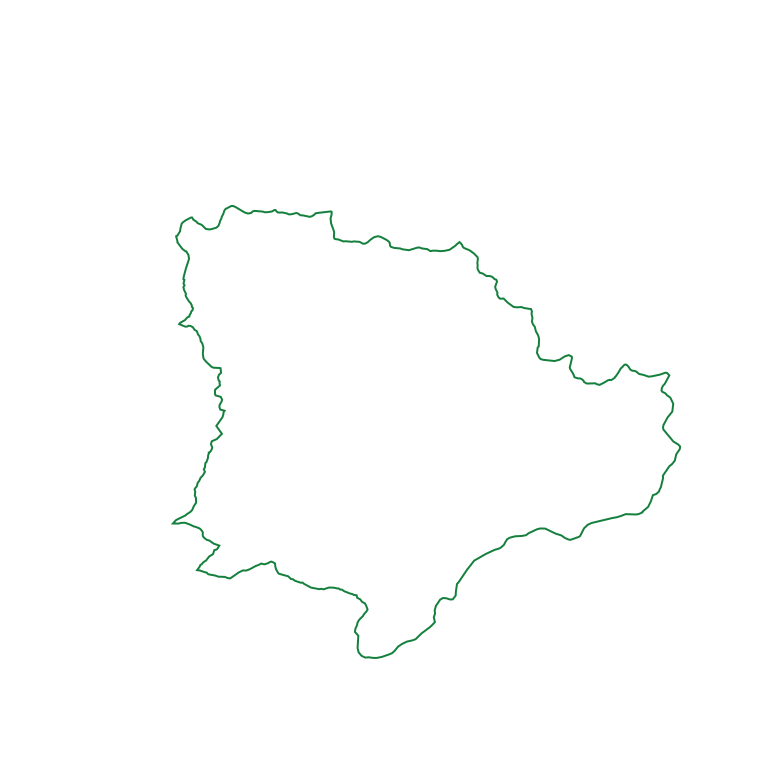 the district of Laya, Gasa, Bhutan, rotated 61°
{"feature_id": "84629894B6989657948479", "entity_name": "Laya", "entity_type": "district", "adm_level": 2, "iso_a3": "BTN", "parent_name": "Bhutan", "parent_adm1": "Gasa", "projection": "equal_earth", "projection_center": [89.7, 28.07], "detail": "fine", "context": "isolated", "style": "outline", "palette": "green", "viewbox_px": 768, "rotation_deg": 61, "n_neighbors": 0, "source": "geoboundaries", "source_scale": "gbopen_adm2", "svg_char_len": 6165}
<svg xmlns="http://www.w3.org/2000/svg" viewBox="0 0 768 768"><g transform="rotate(61 384 384)"><path d="M456.2,637.7L458.0,635.3L461.8,631.9L463.0,630.5L464.8,630.1L465.7,629.4L469.5,624.7L472.2,622.3L475.5,616.8L477.7,615.0L479.3,613.1L479.4,611.8L478.4,602.5L478.6,598.0L480.4,594.8L480.9,591.4L481.0,584.1L481.5,581.4L481.5,578.5L483.7,576.1L484.5,572.4L484.4,570.0L484.8,568.5L487.4,566.6L488.3,566.4L491.1,567.6L493.5,568.2L498.1,568.2L499.1,567.8L505.8,561.0L509.5,559.9L510.5,558.4L513.0,557.2L517.5,553.1L518.2,551.5L519.9,550.9L526.6,546.6L532.0,540.2L532.7,538.2L534.3,536.4L535.3,530.9L537.9,526.5L540.1,524.1L540.8,522.8L542.5,522.0L543.5,520.5L545.9,519.3L551.0,515.1L552.5,513.4L553.9,512.7L555.5,510.4L558.0,511.1L560.8,509.2L563.9,508.8L566.5,507.1L568.7,507.0L573.3,507.7L574.4,509.6L575.5,512.8L576.9,515.3L577.6,518.2L578.5,520.6L579.9,522.9L581.8,524.4L584.3,527.8L586.8,529.6L591.7,528.5L602.1,535.1L606.4,536.3L610.9,535.4L614.2,533.0L615.7,529.7L618.1,526.6L620.1,523.1L621.7,518.0L623.1,509.9L623.3,507.3L622.5,504.0L620.5,499.0L620.1,494.1L620.4,488.9L622.0,483.4L622.5,480.1L620.3,472.0L619.0,462.2L618.3,459.2L616.9,454.9L612.1,453.5L609.5,450.6L606.7,449.5L603.2,446.1L599.8,439.4L599.8,436.1L601.7,433.3L604.6,430.6L605.7,428.2L603.8,423.9L600.3,421.7L594.3,417.1L593.5,414.7L586.7,401.4L582.2,390.7L582.0,377.7L582.7,367.6L583.7,363.1L583.7,361.1L582.8,357.0L581.0,354.4L579.4,351.3L579.5,348.0L580.8,343.1L583.6,337.4L585.1,333.1L584.6,329.8L585.3,320.2L586.1,317.4L588.6,313.1L598.0,306.5L602.4,302.3L606.4,300.4L609.5,298.0L610.7,296.5L612.2,287.6L612.0,286.1L607.2,279.0L605.9,274.1L606.2,269.8L612.0,249.0L613.4,245.0L614.3,240.7L615.0,235.7L620.2,227.0L621.2,224.5L621.6,220.2L621.0,219.9L619.5,212.5L616.0,207.5L611.6,202.7L612.2,199.1L611.3,195.5L609.8,194.0L608.5,191.9L601.9,185.8L599.4,184.5L594.3,174.4L593.7,170.9L592.0,166.8L587.2,162.5L584.3,156.8L582.2,155.3L579.5,156.0L574.6,158.8L559.3,161.7L557.4,161.1L555.4,159.5L550.8,152.3L547.9,145.2L541.5,140.6L535.2,140.2L534.4,140.3L531.1,141.9L528.4,142.5L525.7,144.4L524.3,144.5L522.2,142.9L520.9,141.0L520.0,138.4L514.8,130.3L511.6,131.1L510.6,132.2L509.5,138.4L507.1,146.1L505.8,149.1L501.9,152.6L498.9,156.0L495.4,157.4L493.9,158.6L492.9,160.2L491.6,161.1L490.8,161.6L487.9,161.7L485.3,162.3L484.1,163.2L483.8,164.1L484.0,165.5L484.6,166.8L485.2,169.4L487.9,174.0L489.6,177.4L489.8,178.4L490.5,179.4L490.7,183.3L489.6,185.2L489.3,186.6L489.5,190.2L489.3,195.8L487.5,197.9L485.8,198.9L482.0,206.3L479.4,208.0L477.7,207.9L475.4,208.8L474.1,209.9L473.2,211.6L470.5,214.1L466.8,213.6L460.9,213.9L459.7,213.6L452.8,207.3L451.1,206.5L448.3,208.4L447.5,212.5L447.9,218.7L446.6,223.7L439.9,233.2L438.0,235.0L436.1,235.4L430.9,235.1L426.6,231.9L426.2,230.5L420.0,226.6L416.2,225.6L411.5,225.6L407.1,224.4L403.9,224.8L401.1,224.3L398.1,222.1L394.1,220.9L392.2,219.4L389.8,219.1L385.5,224.6L383.4,226.4L381.3,230.7L379.4,233.3L372.9,236.3L367.2,238.0L365.7,241.1L363.8,241.8L360.8,241.7L359.1,240.5L355.1,240.3L352.8,239.6L349.1,235.4L347.3,235.2L345.8,236.5L343.5,237.1L342.0,238.0L340.5,239.6L339.3,242.0L335.2,244.1L333.1,246.3L329.6,246.5L327.8,246.0L325.1,244.3L323.6,243.8L320.2,241.3L318.5,240.7L313.5,242.0L308.3,244.5L303.8,248.1L301.9,248.6L300.4,248.3L298.2,248.6L296.5,249.2L297.2,253.3L297.6,254.0L298.4,261.6L296.8,266.7L295.1,270.4L293.5,272.5L291.1,276.5L290.3,279.0L287.1,280.7L283.8,285.1L281.5,287.1L280.7,289.5L279.1,297.3L275.0,302.7L273.4,304.0L270.0,309.0L267.7,311.2L266.5,311.7L263.2,310.6L262.2,310.6L259.4,311.8L253.9,315.4L251.9,317.5L250.8,321.2L251.2,325.6L252.1,329.6L252.1,332.2L251.3,334.2L247.8,336.5L244.7,341.2L244.1,343.1L240.5,348.4L239.7,350.3L235.2,354.1L234.2,355.7L232.9,356.9L231.0,356.5L227.5,354.2L226.0,353.7L217.9,352.4L213.1,350.4L210.8,348.0L208.1,346.3L207.3,346.8L201.9,359.9L201.6,361.4L202.2,363.3L202.3,365.7L201.8,367.9L197.3,373.1L195.8,375.4L193.4,376.4L191.9,377.8L190.8,382.3L189.6,384.9L188.1,385.9L184.8,389.6L182.7,393.5L180.7,394.4L179.4,394.5L178.7,395.5L178.8,398.3L177.2,402.7L176.0,405.0L174.4,406.5L169.7,413.5L169.4,415.3L170.0,417.1L169.0,420.3L166.3,422.8L157.2,428.1L155.2,429.6L154.3,431.3L154.1,437.7L154.9,439.5L157.5,442.3L159.0,444.7L160.6,446.2L161.8,448.2L163.7,450.0L165.5,452.3L166.0,455.2L164.5,461.2L162.1,464.6L156.4,466.3L153.0,469.0L151.3,469.3L147.7,471.1L145.4,471.1L144.9,471.9L144.8,472.7L144.7,478.1L145.1,481.5L145.7,483.2L148.9,486.3L151.5,488.3L154.0,492.6L154.0,494.2L159.2,495.5L159.8,496.0L160.7,495.9L168.0,494.9L171.7,493.3L172.2,492.6L176.5,492.5L180.1,493.9L187.0,501.3L192.8,506.9L195.0,508.6L196.2,508.1L199.1,510.7L201.0,510.6L202.0,512.5L205.1,513.3L209.1,513.5L210.4,514.6L212.4,514.8L217.4,514.5L219.7,513.9L221.9,514.0L223.4,514.6L224.6,514.2L226.3,515.2L227.3,517.6L228.6,518.9L229.5,520.8L230.6,521.4L230.4,523.9L231.6,527.0L231.7,532.8L232.3,534.1L237.4,530.1L238.3,528.4L238.3,526.8L239.3,525.2L241.6,523.7L244.8,523.4L247.0,522.1L250.6,522.6L252.9,522.2L256.1,522.8L257.6,523.6L260.2,523.2L264.3,524.2L269.9,527.9L274.3,529.5L278.2,528.8L285.4,526.5L287.1,525.2L290.2,520.2L291.0,519.3L295.2,521.1L295.9,523.8L297.6,525.9L300.7,526.9L302.1,526.4L303.9,527.6L305.8,528.2L307.1,534.5L310.8,536.7L312.4,536.8L316.1,533.0L319.3,533.2L321.0,535.1L322.3,537.6L324.1,539.0L326.9,539.6L330.1,536.4L330.9,538.0L333.1,539.6L334.7,541.3L339.4,551.0L349.0,549.9L351.1,557.0L350.6,562.4L352.7,564.5L356.2,565.0L357.7,566.4L358.7,568.2L359.2,569.7L359.0,570.5L359.9,570.8L361.0,572.3L363.4,573.9L366.1,577.0L366.6,578.6L370.1,581.0L371.2,582.9L374.0,583.2L376.1,586.6L377.1,589.9L379.1,592.5L380.1,594.8L382.8,597.4L383.7,599.9L384.4,600.8L386.9,601.4L389.9,603.6L392.4,603.7L396.8,605.9L398.6,609.5L401.3,613.0L402.0,615.3L402.3,619.9L402.7,621.2L402.2,631.3L402.3,632.3L403.7,636.2L406.4,631.5L407.2,628.6L408.9,625.3L413.2,621.6L416.5,619.3L417.3,618.3L420.7,615.5L421.9,614.9L424.6,614.4L426.2,614.5L428.0,615.7L429.6,616.2L431.6,615.8L434.2,614.7L436.3,612.6L441.0,610.4L445.5,606.4L447.5,609.9L447.5,611.2L447.0,612.9L449.9,616.0L450.1,620.6L452.1,625.1L452.3,628.4L453.2,630.7L453.4,632.7L454.3,633.6L456.2,637.7Z" fill="none" stroke="#15803d" stroke-width="2"/></g></svg>